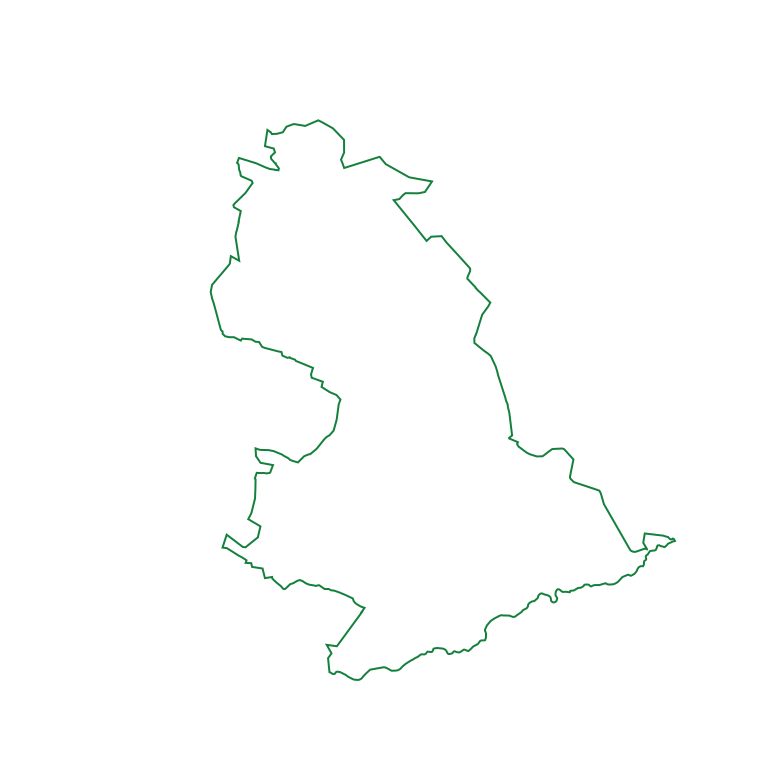 Rencēnu pag., Burtnieku, Latvia, rotated 158°
{"feature_id": "27541924B42196495357588", "entity_name": "Rencēnu pag.", "entity_type": "district", "adm_level": 2, "iso_a3": "LVA", "parent_name": "Latvia", "parent_adm1": "Burtnieku", "projection": "mercator", "projection_center": [25.444, 57.701], "detail": "fine", "context": "isolated", "style": "outline", "palette": "green", "viewbox_px": 768, "rotation_deg": 158, "n_neighbors": 0, "source": "geoboundaries", "source_scale": "gbopen_adm2", "svg_char_len": 6142}
<svg xmlns="http://www.w3.org/2000/svg" viewBox="0 0 768 768"><g transform="rotate(158 384 384)"><path d="M515.0,495.2L514.0,493.2L514.8,490.9L513.4,487.7L510.0,485.4L505.6,483.6L500.5,477.9L498.6,479.2L490.0,474.9L487.4,471.4L484.1,469.7L483.1,464.1L480.9,462.0L477.2,459.3L469.4,453.5L467.1,452.1L467.6,448.4L463.7,444.4L461.5,444.1L461.6,443.6L457.3,439.8L457.1,438.4L443.8,425.5L448.1,420.2L448.7,416.9L439.9,409.0L443.0,404.7L437.3,396.7L432.2,391.6L430.2,385.9L433.6,382.1L441.3,368.6L448.1,359.7L453.6,356.9L456.9,356.4L459.4,355.5L470.8,349.1L478.7,346.6L479.6,346.9L482.6,347.0L485.2,346.9L493.2,343.5L497.6,347.0L499.6,348.9L500.5,351.0L504.0,355.2L504.8,356.6L511.3,363.0L515.9,366.0L523.7,369.4L527.2,372.4L529.7,365.0L528.0,357.2L517.3,350.4L523.2,344.0L523.1,344.3L526.6,345.2L528.6,346.5L531.2,347.4L535.3,349.3L539.2,344.7L538.8,343.7L542.4,335.2L546.5,326.1L555.3,314.0L560.5,309.5L551.9,298.3L557.9,289.8L558.0,289.5L558.3,289.1L573.5,284.5L575.9,285.7L586.3,303.2L595.0,292.8L591.2,290.7L583.2,279.6L580.3,276.1L577.5,272.0L579.3,270.0L574.2,267.6L574.8,263.8L565.7,258.4L566.5,253.0L567.1,248.6L560.1,247.0L560.3,246.6L560.4,245.3L558.2,240.4L555.4,235.4L554.2,231.9L553.9,231.5L552.9,231.1L551.8,231.2L546.0,233.5L542.2,233.3L541.3,233.6L537.4,234.0L535.2,233.6L534.8,233.1L533.3,231.7L531.2,228.6L528.7,226.1L523.5,222.9L523.0,222.3L520.3,222.0L519.4,221.6L515.9,216.2L512.0,214.6L510.4,212.6L507.6,211.1L503.2,207.2L498.0,202.0L493.3,196.9L493.4,193.8L492.7,191.8L491.9,190.3L489.1,186.6L485.9,183.7L490.3,180.9L490.0,180.7L525.9,158.5L534.8,163.6L533.6,153.9L538.6,150.7L542.5,137.3L541.4,136.1L540.4,134.6L539.3,133.9L538.8,133.8L537.8,133.9L536.8,134.7L535.8,134.9L534.7,134.6L532.6,133.3L528.2,128.3L527.9,127.6L526.6,125.6L522.9,121.4L520.2,119.9L518.2,119.1L516.6,119.1L515.1,119.4L514.4,119.7L513.2,120.5L509.2,122.3L503.9,124.3L503.2,124.2L490.4,121.5L488.6,120.4L487.9,119.5L486.2,117.7L485.7,116.8L484.3,115.3L481.0,114.0L478.4,113.4L475.8,113.7L473.0,115.0L468.9,116.4L462.5,117.6L461.1,117.6L457.7,118.2L454.9,118.4L451.2,119.4L450.2,119.2L447.7,118.1L446.3,118.2L444.8,119.2L443.8,119.5L440.7,117.8L439.7,117.7L438.7,118.4L437.2,120.0L436.5,120.0L433.6,119.3L429.0,116.9L428.0,116.2L427.1,115.2L426.3,113.9L426.2,113.4L426.0,110.8L425.5,109.6L425.2,109.4L424.0,109.0L421.6,108.7L420.5,109.5L419.0,109.9L418.1,109.3L417.7,108.8L416.5,107.8L414.7,106.9L414.3,106.8L409.4,107.8L408.5,107.3L407.0,105.7L405.8,104.8L403.2,105.6L399.6,107.2L394.5,107.7L391.2,109.7L389.7,109.8L387.0,108.7L386.4,108.6L386.0,108.9L384.4,110.8L382.9,114.4L382.7,115.8L382.8,117.4L382.3,118.5L379.0,121.6L373.8,124.4L369.1,125.3L363.8,125.8L361.8,125.7L360.3,124.8L354.7,122.4L351.8,119.8L350.0,119.2L349.4,119.2L348.3,119.6L341.8,121.1L339.8,122.3L336.7,122.5L335.1,122.9L333.8,124.0L333.2,125.2L331.9,126.2L330.3,126.7L328.3,126.9L325.7,126.5L322.9,127.5L322.0,127.8L321.3,128.3L320.9,129.1L320.0,130.0L319.3,130.4L317.8,131.0L316.2,130.8L315.8,130.5L313.5,128.3L312.0,127.3L310.3,125.6L309.8,124.7L309.6,123.9L309.6,123.0L310.2,120.7L310.2,120.2L310.0,119.5L309.4,118.6L308.6,117.9L307.1,117.7L305.8,118.0L305.3,118.3L304.3,119.5L303.6,120.5L304.1,123.6L303.8,124.7L303.4,125.6L302.5,126.9L301.5,127.9L301.0,128.3L299.8,128.6L298.6,128.0L297.9,127.0L297.3,125.8L296.4,124.4L292.7,123.0L290.6,121.7L289.7,121.4L289.4,121.5L288.8,122.4L288.0,122.3L286.0,121.6L285.1,121.5L280.5,122.2L277.8,121.4L274.9,121.8L273.5,122.7L271.9,122.5L269.3,121.2L268.8,120.0L268.0,118.9L267.6,118.7L265.8,118.9L263.9,118.6L259.6,116.9L255.0,116.5L253.2,116.2L252.6,115.7L252.4,115.2L252.0,114.7L250.4,113.7L246.4,112.4L243.8,112.4L241.2,112.9L235.3,115.7L229.7,115.8L228.7,115.5L227.3,114.0L226.8,113.7L224.6,113.9L222.6,114.3L220.2,115.6L218.9,116.7L218.3,117.5L216.6,118.6L214.4,119.0L212.0,118.0L210.6,119.3L209.8,121.2L208.9,122.4L206.9,122.9L206.4,123.5L206.0,125.7L205.7,126.3L205.0,126.8L203.5,127.1L200.1,129.4L198.0,129.1L195.8,128.3L194.3,128.3L192.4,129.9L191.9,130.9L190.8,131.8L189.1,131.3L188.1,130.0L186.7,129.1L185.2,127.8L184.7,127.7L182.1,128.6L180.6,129.5L175.6,129.7L173.0,129.5L173.2,130.4L173.2,131.4L173.4,131.8L174.2,132.5L175.4,132.1L176.5,132.7L177.1,133.4L178.0,135.7L180.9,137.9L181.9,138.8L198.2,147.7L203.1,139.7L202.0,132.3L202.1,132.2L203.3,133.4L204.1,133.7L212.8,134.1L214.2,134.3L216.0,135.3L217.3,136.6L217.8,137.6L218.0,138.5L225.1,190.2L224.0,200.9L224.0,202.0L224.2,203.9L224.5,204.6L225.2,205.3L244.5,221.7L245.1,222.7L246.7,226.7L246.6,227.7L245.9,229.0L236.6,243.1L241.3,255.8L241.8,256.5L242.9,257.4L251.5,260.4L252.6,260.6L256.7,259.6L263.5,257.7L264.5,257.7L269.6,259.7L275.3,264.4L277.6,267.2L282.7,275.6L283.1,278.4L282.7,278.9L281.6,279.9L288.3,286.5L288.3,287.1L284.5,288.3L278.6,310.3L277.7,316.5L277.0,318.7L277.1,322.8L276.6,326.3L276.0,334.6L274.9,349.6L274.3,353.5L273.9,358.5L274.5,370.0L276.2,373.3L278.9,377.5L284.8,388.2L283.1,392.6L280.0,395.8L279.9,395.7L267.0,411.5L258.1,417.0L254.9,419.7L255.7,421.4L261.0,434.0L261.4,434.5L263.1,439.0L262.9,439.3L267.3,450.4L266.6,451.8L261.8,456.5L260.9,458.7L261.5,460.7L268.2,478.9L273.0,491.6L275.2,499.5L285.1,502.9L290.9,500.7L294.1,511.3L295.2,515.3L306.1,550.8L300.5,549.7L295.4,552.1L292.6,552.9L282.1,548.5L280.5,547.9L274.1,546.7L263.6,553.8L283.2,566.2L300.0,587.2L302.9,596.2L303.1,596.3L340.0,599.2L339.8,604.2L339.8,608.1L334.3,613.5L329.6,625.3L335.6,640.2L343.6,650.2L346.2,653.1L360.4,652.8L368.8,658.0L370.7,658.9L378.1,659.1L383.5,655.3L389.6,656.1L394.3,657.7L394.7,659.8L396.9,663.2L405.3,649.1L398.0,643.6L398.3,639.6L403.6,637.4L404.3,635.2L402.4,629.6L402.0,629.3L402.2,629.2L400.7,623.3L401.8,621.7L405.4,623.7L405.4,623.9L409.3,626.1L412.9,629.4L419.9,636.6L433.8,647.9L437.4,644.0L436.8,643.0L436.6,641.9L438.1,636.6L438.0,634.2L438.8,630.9L438.7,630.6L438.2,629.8L430.6,622.1L430.5,619.6L440.9,613.0L454.8,607.3L456.6,606.3L456.9,604.1L452.0,598.0L457.4,590.0L458.0,589.0L457.8,588.9L457.9,588.7L462.8,581.7L463.9,580.5L466.5,576.4L472.1,552.5L478.1,559.9L481.8,553.5L482.9,552.6L506.2,540.4L510.2,534.3L511.4,527.3L511.6,523.1L513.0,511.1L513.5,507.4L515.0,495.2Z" fill="none" stroke="#15803d" stroke-width="2"/></g></svg>